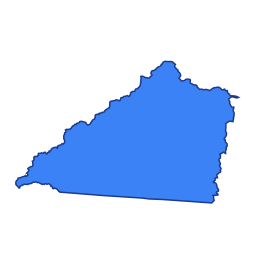 Governador Jorge Teixeira, Rondônia, Brazil (orthographic projection), rotated 184°
{"feature_id": "56859067B13052829322579", "entity_name": "Governador Jorge Teixeira", "entity_type": "district", "adm_level": 2, "iso_a3": "BRA", "parent_name": "Brazil", "parent_adm1": "Rondônia", "projection": "orthographic", "projection_center": [-63.145, -10.822], "detail": "fine", "context": "isolated", "style": "filled", "palette": "blue", "viewbox_px": 256, "rotation_deg": 184, "n_neighbors": 0, "source": "geoboundaries", "source_scale": "gbopen_adm2", "svg_char_len": 5771}
<svg xmlns="http://www.w3.org/2000/svg" viewBox="0 0 256 256"><g transform="rotate(184 128 128)"><path d="M19.9,166.3L20.8,166.6L22.8,167.3L25.5,167.4L27.7,167.3L28.5,167.7L29.0,168.5L29.6,169.1L30.7,169.7L31.1,170.2L31.3,171.0L31.4,171.9L31.8,172.4L32.6,172.1L33.2,172.0L33.7,172.4L34.2,173.5L35.2,173.2L35.7,172.8L36.4,172.6L37.0,172.7L39.7,174.9L41.7,174.9L42.6,174.7L43.7,174.3L44.8,174.3L47.1,172.8L48.8,171.2L49.4,171.0L50.6,171.6L52.3,171.9L53.3,171.8L54.9,171.5L55.5,171.5L57.0,171.9L58.0,171.8L58.8,171.6L59.5,171.7L60.2,172.3L60.9,173.0L61.7,173.5L62.2,174.9L62.9,175.4L63.5,175.7L65.2,175.5L65.8,175.8L66.8,176.3L68.3,176.8L68.9,177.2L69.3,177.7L69.1,179.6L69.2,180.4L70.4,180.9L71.2,181.0L72.1,180.8L72.7,180.8L73.4,180.8L74.1,180.0L75.6,179.0L77.7,178.7L78.4,178.9L78.7,179.5L79.3,180.2L80.6,181.2L80.4,182.0L79.7,182.8L79.2,183.7L79.2,184.6L79.9,186.0L80.5,186.8L82.2,188.1L82.2,189.3L82.9,189.8L83.5,190.0L84.1,190.5L84.4,191.1L85.1,191.6L85.7,192.4L85.9,193.0L85.1,194.8L86.6,195.7L87.0,196.1L88.5,197.2L90.7,197.3L92.6,197.0L95.7,197.1L96.5,196.7L97.4,196.2L98.0,195.3L98.3,194.2L99.2,193.9L99.5,192.8L99.9,192.1L100.8,191.5L102.7,190.6L103.5,189.8L104.8,188.2L105.7,187.4L106.4,187.2L107.9,186.8L108.7,185.6L109.0,184.4L108.8,183.7L107.7,182.3L108.4,181.5L109.4,180.7L109.9,179.9L110.3,179.4L111.0,179.1L112.7,179.5L113.4,179.6L114.1,179.3L115.5,180.2L116.9,180.5L117.5,180.8L118.8,180.4L118.6,179.3L118.2,178.6L118.5,177.3L118.6,175.8L118.3,175.3L118.3,174.5L118.7,173.3L118.6,172.0L118.8,171.4L119.5,169.9L120.4,169.1L121.4,167.7L122.8,167.5L123.3,166.9L123.5,165.7L124.1,164.9L125.5,164.9L126.5,164.5L127.4,163.8L127.9,163.1L127.8,162.3L128.9,159.5L130.9,160.3L132.1,159.6L133.0,159.5L134.0,159.3L134.9,158.7L135.0,158.0L135.9,158.0L137.1,157.7L137.3,156.8L137.8,155.3L138.1,154.7L139.0,154.6L140.4,155.2L141.2,155.3L142.2,155.2L143.0,154.4L145.8,153.8L147.3,153.3L147.9,152.6L147.9,147.0L149.6,146.1L150.9,144.8L151.5,144.6L152.5,143.4L152.5,142.6L153.8,142.0L154.9,141.8L155.3,141.3L155.9,140.9L156.5,141.1L157.5,140.7L158.1,140.3L158.0,139.6L158.5,139.8L159.1,139.4L159.8,139.5L160.6,139.3L161.5,138.6L161.7,138.0L161.4,136.9L161.5,136.1L162.0,135.5L161.9,134.7L163.7,133.6L164.2,132.6L164.7,132.2L164.8,131.5L165.4,130.8L165.6,130.0L166.5,129.0L167.0,128.7L168.3,128.1L169.4,128.8L170.6,130.6L173.8,131.3L175.0,131.4L175.8,131.3L176.6,131.0L176.9,130.2L177.6,129.5L179.3,129.2L179.8,128.5L180.0,127.8L180.7,128.0L181.4,127.9L181.9,127.0L182.5,126.4L183.3,126.2L183.6,125.5L184.4,124.7L184.6,123.7L185.4,123.1L186.0,122.5L186.6,122.8L187.2,122.3L188.1,122.3L189.0,122.5L190.3,121.6L189.8,120.8L189.6,119.9L190.2,119.2L190.9,118.8L190.8,117.2L191.3,116.5L191.5,115.8L191.4,113.6L191.3,112.9L190.5,111.3L190.0,110.0L191.2,107.6L192.0,107.5L192.7,107.8L193.2,107.0L193.9,106.4L194.8,106.1L195.6,106.0L196.1,105.2L197.0,105.0L197.3,104.3L196.9,103.6L197.0,103.0L197.6,103.4L198.3,103.7L199.1,103.7L199.9,103.5L200.9,103.2L201.6,102.7L202.2,102.5L203.1,101.4L203.2,100.6L203.7,99.8L204.3,99.6L204.9,99.6L204.8,98.4L205.4,98.6L206.2,98.0L206.7,97.5L206.8,96.8L207.7,96.6L208.4,97.3L208.7,98.0L210.0,97.8L210.5,96.9L211.9,97.0L212.6,97.2L213.2,96.8L214.3,96.4L215.5,96.5L215.7,95.5L215.6,94.5L216.3,94.1L216.6,93.2L218.9,93.2L219.7,92.6L220.0,91.7L219.4,90.5L219.6,89.8L220.0,89.2L220.3,88.5L221.1,88.2L220.7,87.2L220.5,85.4L220.1,84.0L220.3,83.4L221.2,82.9L222.1,82.7L222.9,82.3L224.5,81.2L225.1,80.4L224.5,79.6L223.8,79.0L224.6,77.4L226.0,75.8L225.0,75.3L224.6,74.2L224.9,73.6L225.7,73.2L226.3,72.6L226.9,72.8L227.2,73.3L227.6,72.6L228.3,72.5L228.9,72.2L230.1,71.9L231.5,71.1L234.0,70.4L234.3,69.7L234.5,68.7L235.1,68.2L235.6,67.3L236.0,66.8L236.1,66.0L235.9,65.2L236.1,64.3L235.6,63.8L235.4,63.2L234.2,62.3L232.5,60.5L231.9,60.7L231.9,61.7L231.3,62.2L230.9,62.9L230.4,63.2L229.5,63.4L227.8,64.6L227.1,64.7L226.4,64.6L225.5,64.8L224.5,64.7L223.7,64.8L223.3,65.3L220.9,65.8L219.8,66.5L219.3,67.2L218.0,67.2L217.0,67.8L216.0,67.8L215.1,67.3L214.0,67.2L213.4,67.5L211.7,66.6L210.3,66.1L209.7,65.7L208.2,66.2L207.6,65.9L206.6,66.8L204.9,66.2L204.1,66.6L203.5,66.8L202.6,66.7L201.9,66.1L201.0,65.6L200.8,64.5L200.2,64.8L199.3,64.0L199.3,63.2L198.9,62.5L198.2,62.2L197.1,63.0L196.3,62.6L195.6,62.6L194.8,62.1L194.0,61.8L193.5,61.0L192.7,60.0L191.8,59.9L191.6,59.3L148.0,58.9L108.9,59.1L101.7,58.7L88.9,59.1L39.2,59.1L37.8,60.9L37.2,61.4L36.9,62.0L37.4,62.6L37.8,64.4L37.7,65.3L38.0,66.1L38.5,66.5L37.8,67.1L37.1,67.1L36.1,67.0L35.4,67.1L34.3,67.3L33.5,67.7L34.1,68.6L34.9,69.1L35.4,70.0L34.9,70.5L33.4,71.4L33.3,72.2L33.7,73.2L34.1,73.9L34.8,74.8L35.3,75.6L35.4,76.8L35.9,78.2L36.5,78.9L37.8,79.6L39.0,79.6L39.1,80.4L38.5,81.0L37.9,81.3L37.4,82.1L37.7,83.7L37.0,84.4L35.3,84.5L35.4,85.3L36.0,86.4L36.3,87.1L35.8,87.9L34.7,88.9L34.1,89.7L33.4,90.1L32.7,90.4L32.6,91.3L32.9,92.2L32.4,93.6L32.5,94.4L33.0,95.0L33.9,96.4L34.0,97.3L33.4,98.1L33.4,99.0L34.2,100.6L35.0,102.5L35.0,103.2L34.5,104.0L33.7,104.5L33.9,107.5L34.5,108.1L34.1,108.9L32.8,109.2L32.2,109.6L31.6,110.3L30.9,110.6L30.3,110.1L28.9,109.4L29.1,111.9L29.0,112.6L28.4,113.8L28.5,114.5L28.7,115.8L27.9,116.7L27.9,117.9L28.2,119.3L29.7,120.8L30.1,121.6L30.2,123.0L31.4,123.7L31.0,124.7L30.5,125.2L29.7,126.9L29.4,127.6L29.3,129.0L29.5,130.2L30.2,130.8L30.4,131.7L30.5,133.0L30.4,134.1L30.5,137.0L30.7,138.5L30.5,139.5L28.7,141.0L27.1,141.9L25.3,141.9L24.7,141.7L23.8,141.7L23.5,142.4L23.7,143.2L23.3,144.3L23.3,145.0L23.8,145.7L23.4,146.5L23.0,147.3L23.2,148.2L23.1,150.1L23.4,150.9L23.8,151.7L24.4,153.0L24.4,154.1L23.8,155.0L24.0,156.2L24.9,156.1L25.9,156.1L26.4,156.5L27.3,157.9L28.3,159.7L28.2,161.1L29.5,163.3L29.5,164.0L29.1,164.6L28.4,165.0L28.0,165.7L27.2,166.1L25.9,166.3L24.2,166.1L23.7,165.9L21.8,165.6L21.2,165.7L19.9,166.3Z" fill="#3b82f6" stroke="#1e3a8a" stroke-width="1.5"/></g></svg>